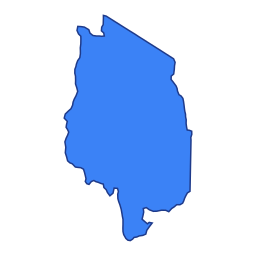 outline of Floresta Azul, Bahia, Brazil
{"feature_id": "56859067B86811089871077", "entity_name": "Floresta Azul", "entity_type": "district", "adm_level": 2, "iso_a3": "BRA", "parent_name": "Brazil", "parent_adm1": "Bahia", "projection": "robinson", "projection_center": [-39.728, -14.846], "detail": "fine", "context": "isolated", "style": "filled", "palette": "blue", "viewbox_px": 256, "rotation_deg": 0, "n_neighbors": 0, "source": "geoboundaries", "source_scale": "gbopen_adm2", "svg_char_len": 2002}
<svg xmlns="http://www.w3.org/2000/svg" viewBox="0 0 256 256"><path d="M103.4,15.4L103.4,18.3L103.3,21.5L103.2,24.6L101.7,27.2L101.4,30.8L103.7,32.9L104.3,36.0L101.7,36.3L99.2,36.0L96.4,36.0L92.9,35.5L90.0,33.1L88.8,29.7L84.4,27.1L81.1,26.6L77.8,26.4L77.0,30.4L78.5,33.9L80.8,36.2L80.9,39.0L80.8,43.9L80.3,47.8L80.4,50.9L80.4,53.8L79.8,57.7L77.7,60.6L76.4,64.1L75.9,66.6L74.9,69.2L74.8,73.2L75.5,76.1L75.6,80.4L75.5,83.9L76.8,87.8L77.7,91.4L76.1,95.6L74.2,99.2L73.1,102.1L72.6,105.2L71.0,108.7L68.5,110.9L65.3,114.0L64.2,118.1L67.3,121.4L66.5,124.6L66.1,127.3L67.5,129.5L68.7,132.1L67.7,135.0L66.1,138.3L64.9,141.9L65.8,147.3L65.3,152.8L66.7,157.2L67.6,160.8L69.8,162.8L72.3,163.8L75.3,167.0L77.7,167.4L80.8,167.7L83.5,169.2L84.5,172.4L85.4,176.0L86.0,178.8L85.3,181.5L86.8,183.7L89.0,184.4L91.4,181.5L93.9,180.5L95.9,181.7L98.2,182.3L101.0,183.5L103.3,184.1L103.9,187.5L106.2,189.7L107.5,192.6L109.9,195.8L113.0,193.2L114.1,188.1L117.5,188.4L118.4,191.5L117.7,194.3L117.9,198.7L118.7,201.6L119.9,204.8L121.2,209.3L121.9,213.2L122.4,216.4L123.0,219.3L123.0,224.2L122.9,228.1L123.0,231.6L123.7,234.6L125.9,238.5L127.9,240.2L130.3,240.6L132.5,239.2L134.1,237.4L136.8,237.0L139.3,235.9L142.8,235.4L145.8,234.1L146.8,230.3L149.2,226.9L152.2,223.0L149.2,222.4L147.4,223.8L144.7,221.5L142.1,219.2L143.0,215.5L143.7,212.1L143.3,208.5L146.3,207.6L149.4,209.8L153.3,211.3L156.8,211.2L161.6,210.2L165.8,210.3L168.8,211.7L171.7,208.5L174.3,206.8L176.7,204.7L180.0,204.7L182.6,203.2L183.7,201.0L184.6,198.3L185.9,195.6L187.4,192.9L190.0,191.3L191.0,140.0L190.8,137.5L191.8,134.3L191.7,131.2L189.4,130.3L187.2,130.0L186.6,127.2L186.1,123.4L186.2,119.8L185.6,116.9L185.5,114.1L184.8,111.3L184.4,108.4L184.0,104.9L183.5,101.3L182.9,98.4L181.1,96.0L179.0,94.7L177.5,91.1L177.1,88.5L176.1,86.0L172.7,81.4L171.1,79.5L171.2,76.1L173.7,74.0L174.3,69.4L174.5,65.9L175.1,62.3L173.6,58.8L162.5,51.7L147.5,42.2L138.2,36.3L135.2,34.3L128.7,30.3L106.2,16.1L103.4,15.4Z" fill="#3b82f6" stroke="#1e3a8a" stroke-width="1.5"/></svg>